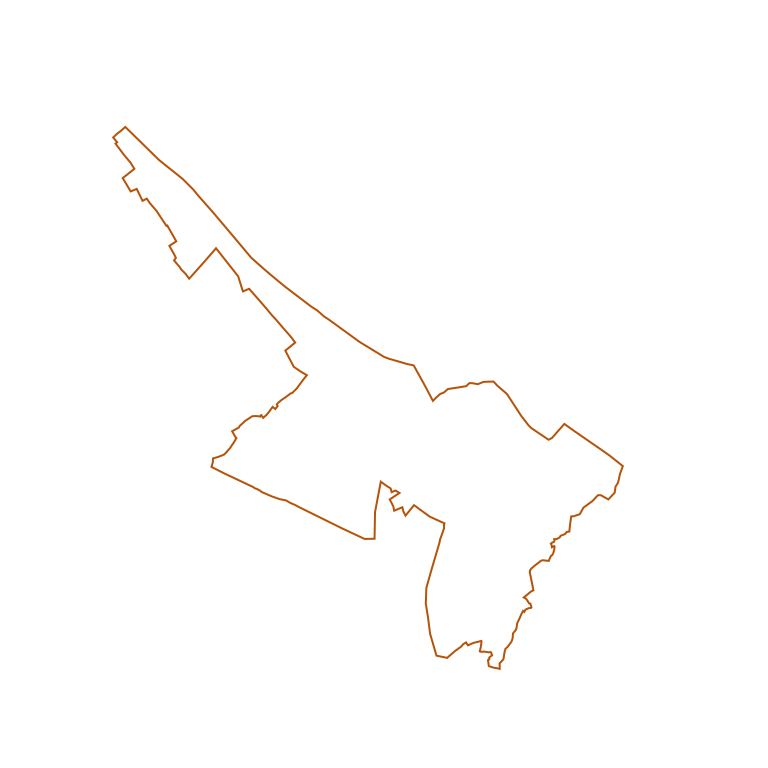 Dala, Kano, Nigeria (Natural Earth projection), rotated 349°
{"feature_id": "59680162B56865757670534", "entity_name": "Dala", "entity_type": "district", "adm_level": 2, "iso_a3": "NGA", "parent_name": "Nigeria", "parent_adm1": "Kano", "projection": "natural_earth1", "projection_center": [8.494, 12.03], "detail": "fine", "context": "isolated", "style": "outline", "palette": "amber", "viewbox_px": 768, "rotation_deg": 349, "n_neighbors": 0, "source": "geoboundaries", "source_scale": "gbopen_adm2", "svg_char_len": 3927}
<svg xmlns="http://www.w3.org/2000/svg" viewBox="0 0 768 768"><g transform="rotate(349 384 384)"><path d="M179.1,82.3L174.2,85.2L169.4,87.6L165.2,90.3L168.2,95.8L166.3,96.8L172.3,109.1L177.4,118.4L180.0,125.2L166.8,132.0L172.1,146.6L178.5,145.3L181.9,158.1L186.6,156.8L188.4,161.3L193.7,170.6L200.6,187.3L201.5,187.1L204.2,195.1L207.3,204.3L199.7,207.4L203.5,219.1L203.7,220.6L201.5,222.6L206.1,230.9L206.6,232.6L210.3,238.1L212.8,243.4L214.9,241.9L230.2,230.3L245.0,218.7L261.4,250.5L263.2,266.2L269.8,264.8L282.2,286.2L287.2,295.3L290.4,300.4L295.5,309.5L301.6,319.9L304.7,326.4L293.5,332.4L298.7,349.9L304.5,355.8L308.0,358.9L310.0,360.7L307.7,362.5L305.5,364.4L302.9,366.8L299.9,369.5L297.6,371.7L293.7,374.3L292.2,375.3L290.6,375.4L283.8,378.7L281.0,379.8L276.6,382.2L274.9,383.5L275.3,385.1L275.4,385.3L272.6,387.8L271.8,387.0L270.3,385.2L265.9,389.3L263.6,391.3L263.0,391.8L258.9,394.2L258.5,393.2L257.6,391.1L256.9,391.4L256.5,391.9L256.3,392.3L254.3,391.6L252.0,391.0L248.6,390.5L240.3,393.9L238.1,395.4L234.5,397.5L233.1,399.1L230.4,399.9L225.9,401.4L228.1,408.0L228.8,408.9L228.2,409.5L226.4,411.7L226.2,411.9L225.1,413.1L223.1,415.0L221.0,417.2L216.2,421.0L213.4,422.8L208.1,423.8L206.6,424.0L205.7,424.1L202.0,424.4L200.9,428.5L199.6,431.0L198.8,432.5L210.4,441.5L235.8,460.1L237.7,462.0L239.1,462.6L239.8,463.3L241.8,464.9L243.5,466.8L252.1,472.7L259.6,477.1L265.8,479.7L268.9,482.5L274.0,486.1L276.8,488.4L315.0,517.5L335.4,532.4L345.2,534.1L350.7,508.2L362.2,479.3L366.8,484.2L370.6,487.8L370.9,491.6L375.0,490.8L378.4,493.9L367.6,498.4L368.7,502.1L369.8,506.0L369.8,510.3L378.5,508.5L378.7,512.8L380.0,517.3L390.3,508.7L391.7,510.0L394.5,513.2L403.8,523.1L412.6,529.4L416.8,532.3L415.9,534.0L415.5,536.9L412.4,542.3L409.4,547.3L408.0,550.7L396.2,573.4L393.3,579.1L386.7,592.2L383.1,607.6L383.0,611.9L382.7,620.8L381.6,638.1L383.7,660.7L393.7,664.9L402.7,659.7L409.4,656.6L412.2,654.5L415.2,653.3L416.6,656.6L418.8,656.0L422.7,655.2L428.3,654.9L430.5,654.8L430.5,655.7L429.0,660.2L427.0,664.7L428.1,665.4L431.4,665.8L435.3,667.3L437.7,667.6L438.4,670.9L435.1,672.6L434.8,674.4L433.4,674.8L433.1,680.9L435.0,682.0L437.5,683.4L440.3,684.4L442.2,685.2L443.2,685.7L443.6,683.8L444.2,680.2L446.0,679.0L448.7,677.0L451.3,670.0L451.6,669.1L452.2,668.2L452.6,667.2L455.1,665.7L459.9,661.3L460.9,659.7L461.8,658.0L463.0,653.5L466.5,650.5L466.5,650.4L467.4,649.2L469.0,644.4L472.6,639.6L475.0,636.0L477.2,633.3L478.2,634.5L479.8,632.5L483.1,631.7L485.8,631.8L486.0,631.6L486.2,631.0L485.7,627.4L484.6,627.1L484.1,625.9L483.8,625.1L483.6,624.4L483.2,623.5L482.9,622.8L482.1,621.5L480.5,620.2L489.0,615.6L491.3,615.1L491.3,612.6L491.3,608.9L491.2,596.5L491.3,596.4L491.9,594.7L493.3,593.3L495.2,592.3L497.0,591.2L501.4,589.0L502.0,588.8L503.6,587.8L505.1,587.3L506.6,587.4L510.4,588.6L512.0,589.1L512.9,587.6L513.5,586.7L514.2,586.0L514.9,584.7L516.5,584.0L517.7,582.6L518.4,581.3L519.8,578.2L520.4,576.3L520.2,575.6L519.3,575.7L517.7,576.3L517.7,574.4L517.7,573.6L517.6,573.2L517.4,572.4L518.2,572.2L518.8,571.8L520.8,571.3L521.4,570.5L521.5,568.7L523.7,569.2L527.2,568.1L528.4,566.7L533.2,565.8L534.9,564.2L536.0,564.1L537.8,564.2L539.5,558.4L542.5,549.7L544.8,550.0L551.3,549.2L556.2,543.4L566.1,538.8L572.8,534.0L575.6,534.5L582.2,540.1L589.7,534.7L591.7,528.9L594.4,526.2L596.0,523.2L598.5,517.3L602.8,510.2L591.8,497.3L583.7,488.9L562.1,466.8L553.4,457.6L538.5,469.1L534.9,470.1L520.1,455.3L517.7,451.6L512.8,441.9L502.8,417.3L494.9,407.2L492.0,402.5L482.2,400.9L476.0,402.1L471.6,400.3L468.0,399.4L464.4,401.8L454.2,401.5L445.8,401.1L441.3,403.7L437.0,404.6L433.1,407.0L428.8,409.9L423.6,392.7L416.7,371.4L410.5,368.8L393.6,360.1L389.2,357.4L368.1,338.1L341.9,310.0L338.1,306.3L332.5,299.1L327.3,294.1L305.7,269.9L299.6,262.5L294.2,255.9L288.6,248.9L277.8,234.8L263.1,208.3L249.3,183.6L237.4,163.3L233.5,156.1L232.6,154.9L225.4,144.2L205.9,121.2L179.1,82.3Z" fill="none" stroke="#b45309" stroke-width="2"/></g></svg>